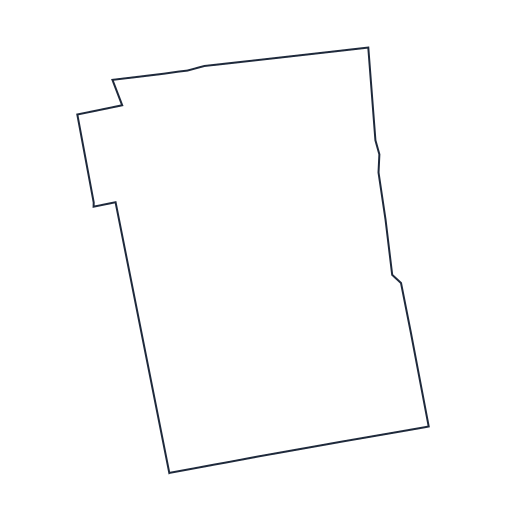 the district of Butler, Ohio, United States of America, rotated 259°
{"feature_id": "52423323B28721217330629", "entity_name": "Butler", "entity_type": "district", "adm_level": 2, "iso_a3": "USA", "parent_name": "United States of America", "parent_adm1": "Ohio", "projection": "robinson", "projection_center": [-84.591, 39.442], "detail": "fine", "context": "isolated", "style": "outline", "palette": "slate", "viewbox_px": 512, "rotation_deg": 259, "n_neighbors": 0, "source": "geoboundaries", "source_scale": "gbopen_adm2", "svg_char_len": 515}
<svg xmlns="http://www.w3.org/2000/svg" viewBox="0 0 512 512"><g transform="rotate(259 256 256)"><path d="M55.7,393.0L151.2,393.4L201.8,393.2L211.5,386.1L267.1,390.1L314.6,392.2L332.2,396.5L346.8,395.3L439.2,406.0L448.8,285.3L452.4,241.4L451.1,224.0L451.8,215.1L452.5,200.8L456.3,148.7L429.5,153.4L429.0,107.6L339.5,106.9L335.4,106.0L335.6,128.4L59.5,129.5L59.6,129.9L59.6,130.9L59.4,149.2L59.2,175.4L59.0,186.3L58.8,220.2L57.4,306.1L55.7,388.7L55.7,393.0Z" fill="none" stroke="#1e293b" stroke-width="2"/></g></svg>